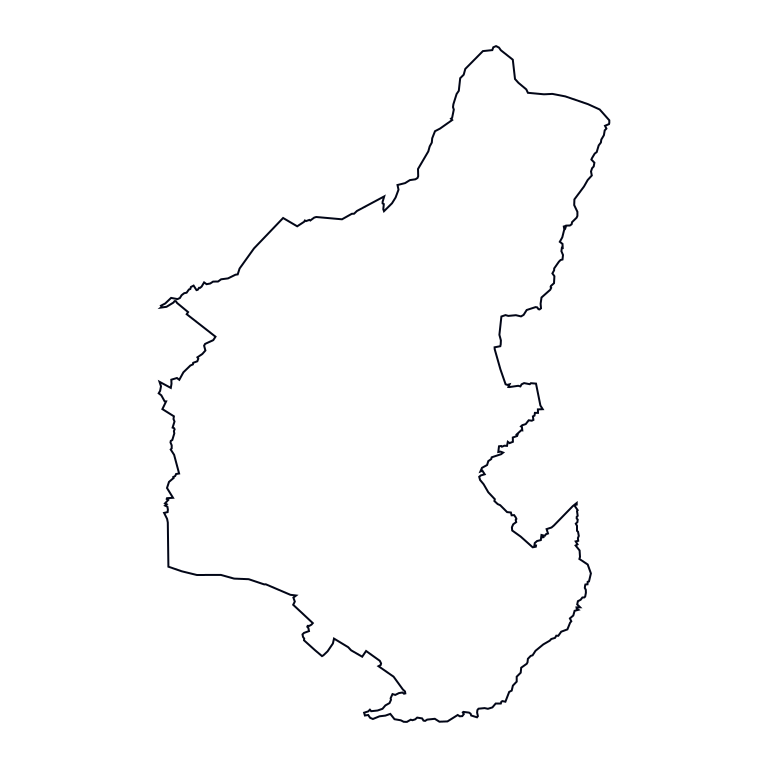 Yecapixtla, Morelos, Mexico
{"feature_id": "50627088B43090651805333", "entity_name": "Yecapixtla", "entity_type": "district", "adm_level": 2, "iso_a3": "MEX", "parent_name": "Mexico", "parent_adm1": "Morelos", "projection": "orthographic", "projection_center": [-98.86, 18.859], "detail": "fine", "context": "isolated", "style": "outline", "palette": "ink", "viewbox_px": 768, "rotation_deg": 0, "n_neighbors": 0, "source": "geoboundaries", "source_scale": "gbopen_adm2", "svg_char_len": 6107}
<svg xmlns="http://www.w3.org/2000/svg" viewBox="0 0 768 768"><path d="M512.8,59.7L500.8,50.2L499.0,47.6L496.0,46.1L493.3,47.3L492.3,50.1L482.9,51.1L465.3,68.9L463.7,74.7L460.2,78.2L458.8,90.8L456.6,94.0L453.4,104.2L453.0,107.1L453.8,109.6L452.1,117.9L451.0,118.7L452.2,120.0L440.0,128.6L435.0,131.2L432.2,138.3L431.8,142.6L429.7,146.4L428.3,151.4L418.0,169.0L418.2,176.2L417.5,178.0L415.4,179.3L409.9,180.1L405.1,183.1L397.5,185.0L398.5,189.7L395.6,197.5L392.0,203.3L384.0,211.2L383.3,209.2L383.8,204.1L382.6,203.4L382.6,201.8L384.2,196.4L356.9,211.0L354.1,213.7L351.8,213.8L342.0,219.3L316.2,217.0L314.2,217.6L310.3,220.5L309.4,219.9L306.0,221.1L304.9,220.5L304.1,221.8L297.2,226.3L283.1,218.0L254.0,248.4L239.6,268.5L237.7,274.4L235.5,274.7L228.0,278.4L221.1,279.3L218.1,281.5L213.1,281.6L210.2,283.5L206.6,284.2L204.1,282.4L201.6,286.6L200.0,287.9L199.1,287.8L197.7,289.8L196.5,290.1L193.6,285.6L190.9,287.0L190.3,289.0L188.9,289.5L186.6,292.7L184.2,293.2L181.6,295.2L179.9,298.0L177.5,299.1L171.1,297.9L165.2,303.5L161.0,305.7L161.9,306.9L161.5,307.0L160.8,307.6L166.5,306.8L173.4,302.6L174.6,301.1L175.8,301.1L177.1,303.0L188.1,312.1L186.7,314.2L215.5,336.7L213.3,340.1L205.1,343.9L204.1,345.7L205.4,350.5L202.3,354.0L197.4,357.3L198.3,358.7L197.3,361.3L193.2,362.8L192.9,364.4L190.4,365.5L183.4,372.3L179.3,379.8L176.9,378.0L171.3,379.7L171.5,383.8L170.8,387.9L159.5,381.8L161.0,386.3L160.1,390.9L158.7,393.3L161.3,395.3L164.6,401.3L166.1,401.4L162.4,409.1L173.9,416.3L173.5,419.0L174.5,421.5L172.6,427.6L174.1,428.2L174.6,429.3L173.9,431.1L174.3,433.4L172.3,440.0L170.8,440.9L170.5,442.5L171.7,445.3L171.7,448.4L170.7,449.5L174.1,454.8L179.1,473.5L176.1,474.0L175.2,476.0L173.2,477.1L173.6,478.0L169.0,481.9L167.0,488.0L173.0,497.8L167.0,498.2L166.7,499.0L168.2,500.0L165.0,503.4L166.7,504.3L165.1,505.6L167.4,506.7L167.9,509.6L167.6,512.1L164.1,512.9L167.1,518.9L167.8,522.5L168.4,566.7L181.8,571.3L196.9,575.0L220.8,574.9L234.1,578.6L248.7,579.2L264.2,584.4L265.8,584.3L290.4,594.8L296.1,595.5L293.4,597.6L294.8,601.6L293.2,604.8L312.8,623.1L311.5,624.6L309.3,625.9L307.7,625.9L307.3,626.8L308.4,628.1L309.0,631.1L304.0,632.9L302.5,634.4L303.0,636.9L304.2,638.6L304.0,640.3L315.0,650.2L322.0,656.1L323.4,655.3L327.6,651.3L332.9,643.5L334.0,638.6L348.2,647.2L351.1,650.3L362.2,656.7L366.1,651.0L379.8,660.8L381.1,663.4L380.7,665.0L378.5,666.2L393.6,676.7L402.8,689.4L405.0,691.5L405.3,693.4L404.0,693.7L402.4,692.5L398.9,693.1L395.3,694.9L392.5,694.1L390.6,698.3L391.0,699.8L389.5,703.1L385.4,705.4L382.5,708.8L377.6,710.5L371.2,711.2L369.9,709.7L368.2,711.4L364.1,712.7L364.9,715.5L368.2,715.0L370.1,717.8L372.9,719.0L379.5,716.3L385.4,715.6L390.3,713.9L394.5,719.2L400.8,720.3L403.7,721.8L406.9,721.9L410.7,719.7L412.5,720.2L415.1,719.4L417.2,717.6L422.1,718.4L423.5,720.6L425.1,720.9L427.2,719.6L434.8,718.8L439.4,721.7L447.5,721.4L457.7,715.0L459.8,716.3L462.3,716.1L463.8,714.1L462.8,712.4L463.4,711.9L469.0,712.6L470.6,713.7L471.2,715.5L477.0,717.3L477.9,716.1L477.1,712.6L477.4,710.1L478.5,708.7L484.6,708.1L487.9,708.8L492.4,707.4L495.7,703.5L500.8,703.5L501.4,701.7L502.4,701.1L505.4,701.7L509.2,691.9L511.7,690.6L512.9,685.6L516.7,681.6L516.7,676.7L520.7,672.7L521.2,667.7L526.7,663.8L527.5,662.4L527.9,658.8L530.7,655.9L532.6,655.3L535.5,650.8L543.3,644.4L549.7,640.7L551.3,639.0L555.0,637.9L556.3,635.7L558.3,635.8L561.2,631.7L567.4,629.4L570.1,622.7L571.3,621.3L569.9,618.4L573.3,615.5L574.6,610.8L578.4,609.8L576.7,608.6L576.5,607.4L580.1,607.3L577.2,604.4L577.9,601.2L580.6,599.8L582.4,597.5L584.4,597.4L585.2,596.5L585.9,592.8L585.8,589.8L584.8,587.9L585.1,585.5L585.4,584.5L587.5,584.3L587.7,581.8L589.0,581.4L590.9,573.4L587.7,564.5L579.4,559.0L580.0,556.9L579.6,550.5L575.6,545.5L577.5,544.4L575.7,541.4L578.2,540.8L577.9,538.1L578.8,535.9L578.0,531.7L577.0,530.8L577.0,525.8L575.8,523.7L577.4,522.1L577.7,519.6L576.7,518.5L576.7,516.9L577.7,515.8L577.0,511.1L577.7,510.2L574.6,505.7L574.7,505.0L576.7,504.6L576.7,503.0L572.7,506.2L553.9,525.5L551.5,527.5L546.6,529.1L548.0,533.5L546.0,534.2L544.8,535.8L542.4,535.2L543.3,537.2L542.1,537.4L541.3,536.3L540.8,540.1L537.1,541.0L534.8,543.0L534.4,545.3L536.0,545.5L535.8,546.7L532.7,547.3L520.7,536.6L512.2,530.5L511.9,527.3L513.2,524.3L516.2,522.1L515.7,519.9L516.4,518.9L515.6,517.2L514.1,515.1L511.6,515.3L510.9,512.5L507.1,512.1L500.2,505.2L497.7,504.1L494.4,501.0L494.8,499.2L488.3,492.3L483.6,484.2L480.1,480.0L479.2,476.8L480.9,475.4L484.7,474.3L482.4,470.7L480.4,471.5L482.0,467.8L487.1,465.0L488.3,461.1L491.2,459.1L491.7,457.3L501.1,454.2L503.1,452.6L500.5,451.6L498.3,452.0L499.0,446.3L501.2,446.0L501.9,446.7L504.4,445.7L507.0,445.9L507.8,441.8L509.6,443.1L512.9,441.8L512.8,437.5L517.1,436.0L517.4,435.2L516.6,435.4L516.4,434.7L521.2,430.3L522.3,430.4L521.9,427.0L521.0,426.4L522.3,425.2L525.7,424.1L528.7,420.3L531.8,420.7L533.4,419.9L532.9,416.4L534.5,415.6L534.9,412.9L538.0,412.9L537.9,409.4L542.7,409.2L540.4,405.5L536.0,383.6L530.9,383.2L529.8,384.2L524.1,383.1L521.6,384.3L520.4,386.4L518.2,385.8L509.1,387.1L508.4,387.0L509.6,384.3L507.4,384.9L505.6,384.3L500.4,369.3L494.7,349.2L494.6,347.3L500.3,346.2L500.7,344.4L500.9,340.4L499.4,334.8L501.4,316.5L505.5,315.1L508.3,315.9L515.9,315.2L521.0,316.4L523.6,314.9L526.7,310.0L535.6,307.1L537.2,307.4L538.5,309.2L539.6,309.4L541.0,308.3L540.6,303.7L541.5,297.5L550.2,289.8L551.2,287.8L550.6,286.9L551.0,285.9L554.0,283.2L554.4,276.2L552.4,273.4L554.1,270.3L554.2,268.4L558.9,261.7L560.6,260.0L562.5,259.5L563.0,255.0L561.4,251.2L561.9,247.7L562.7,247.9L562.5,243.9L559.8,241.8L562.3,237.3L564.3,229.3L563.8,226.5L565.4,226.0L565.7,227.1L566.2,225.6L569.9,225.5L571.6,224.3L572.1,222.1L576.6,217.7L577.4,215.9L577.4,211.8L574.2,205.1L574.4,199.4L584.0,186.5L587.7,180.0L591.8,175.5L591.0,171.5L592.1,168.2L593.7,166.5L594.4,162.7L591.4,159.6L591.9,158.3L594.7,153.6L596.7,152.1L598.7,145.4L600.9,142.5L601.3,139.6L603.9,135.2L604.7,130.4L606.4,128.6L605.0,125.8L609.0,124.1L609.3,122.9L609.3,120.3L599.7,109.5L588.1,104.2L565.3,96.4L552.4,93.9L544.0,94.3L527.9,92.8L526.3,89.4L518.4,82.8L515.0,79.0L512.8,59.7Z" fill="none" stroke="#020617" stroke-width="2"/></svg>